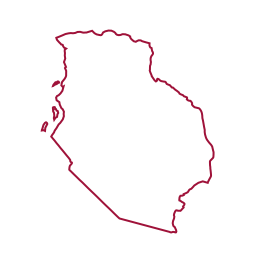 outline of United Republic of Tanzania, rotated 195°
{"feature_id": "TZA", "entity_name": "United Republic of Tanzania", "entity_type": "country or territory", "adm_level": 0, "iso_a3": "TZA", "parent_name": "Africa", "parent_adm1": "", "projection": "mercator", "projection_center": [35.057, -6.356], "detail": "fine", "context": "isolated", "style": "outline", "palette": "rose", "viewbox_px": 256, "rotation_deg": 195, "n_neighbors": 0, "source": "natural_earth", "source_scale": "50m", "svg_char_len": 4402}
<svg xmlns="http://www.w3.org/2000/svg" viewBox="0 0 256 256"><g transform="rotate(195 128 128)"><path d="M95.2,178.7L94.3,178.3L92.5,177.3L90.0,176.4L88.0,175.5L87.1,174.5L85.2,174.1L83.6,174.0L82.1,173.1L80.5,173.0L79.0,172.8L78.6,172.2L78.6,170.9L78.0,170.6L76.9,170.2L75.7,170.2L74.9,170.4L74.5,170.3L73.5,169.6L72.5,168.6L72.2,167.1L70.8,166.1L69.1,165.3L64.6,165.4L63.9,165.1L62.8,164.3L61.5,163.0L60.5,161.5L59.6,159.5L59.2,158.3L58.7,156.8L57.5,154.6L56.0,151.4L54.8,148.8L53.4,146.0L52.9,144.0L51.9,141.7L50.2,138.9L49.4,137.9L48.4,136.9L46.0,135.0L43.3,133.2L41.9,131.9L39.9,128.2L39.1,126.8L38.5,124.5L38.0,122.0L38.2,121.0L40.0,117.8L40.2,117.0L39.9,115.8L39.1,113.2L38.4,111.6L38.0,110.2L37.0,107.8L35.8,104.6L35.4,103.2L35.5,102.2L36.2,99.4L36.8,96.5L36.8,95.7L42.0,95.8L42.9,95.2L45.8,93.3L49.1,89.6L49.8,88.1L51.1,85.7L52.5,84.6L53.0,83.7L53.3,82.5L53.7,81.4L55.5,79.8L57.2,78.5L57.1,78.0L56.8,77.7L57.1,77.4L58.0,76.7L59.8,76.1L60.2,74.9L60.2,73.5L59.9,72.7L59.9,71.8L59.6,71.3L58.5,71.2L56.7,70.5L55.2,70.2L54.3,69.8L53.9,69.5L53.7,68.6L54.0,67.7L54.5,66.5L53.9,65.9L53.7,65.6L54.0,65.1L55.6,62.0L55.9,61.6L56.5,61.5L57.6,61.2L58.6,61.0L59.4,61.1L59.9,61.0L60.5,60.6L60.9,59.4L61.2,57.3L61.1,55.7L60.3,54.4L60.1,52.5L60.4,49.8L60.2,47.7L59.3,45.9L58.5,44.9L57.2,44.4L55.1,41.8L54.5,40.5L54.6,39.7L55.2,39.4L55.3,39.4L56.6,39.5L57.9,39.2L59.0,38.4L60.1,38.2L60.4,38.3L60.7,38.4L62.5,38.4L65.4,38.4L68.4,38.4L71.3,38.4L74.3,38.4L77.2,38.4L80.2,38.4L83.1,38.4L86.1,38.4L89.1,38.4L92.0,38.4L95.0,38.4L97.9,38.4L100.9,38.4L103.8,38.4L106.8,38.4L109.7,38.4L111.5,38.4L112.8,38.4L114.0,39.0L115.3,39.7L118.9,41.7L122.4,43.7L126.0,45.7L129.5,47.6L133.1,49.6L136.6,51.6L140.1,53.6L143.7,55.6L147.2,57.5L150.8,59.5L154.3,61.5L157.8,63.5L161.4,65.4L164.9,67.4L168.5,69.4L172.0,71.4L173.7,72.3L174.0,72.7L174.3,74.5L174.4,75.7L174.3,76.7L173.4,78.4L173.1,79.2L173.1,79.8L173.3,80.1L174.1,80.2L174.8,80.6L175.1,80.9L175.6,82.2L176.3,82.8L177.7,83.9L180.3,85.7L182.9,87.6L185.4,89.4L188.0,91.2L190.5,93.1L193.1,94.9L195.6,96.8L198.2,98.6L199.4,99.5L199.9,99.8L199.6,101.2L198.3,104.6L198.2,106.0L197.7,107.7L197.2,108.8L195.9,113.5L194.8,115.3L193.2,119.5L193.0,122.8L193.8,125.0L194.1,127.1L195.9,129.2L197.4,129.9L198.3,130.9L200.0,133.0L201.0,135.2L204.1,136.3L205.3,138.7L204.9,140.4L203.4,141.8L202.1,144.0L201.0,147.0L201.0,151.5L201.7,150.8L203.4,151.9L203.6,155.3L201.9,159.2L201.4,161.0L201.3,162.5L202.5,167.2L204.4,169.6L204.2,170.3L203.7,170.9L206.9,175.1L206.6,178.8L207.8,181.6L208.3,184.1L209.1,186.0L209.3,187.3L208.3,188.7L210.6,189.1L211.9,190.3L212.6,191.4L214.2,191.4L215.1,192.1L216.4,192.8L219.3,194.7L220.1,195.7L220.4,196.2L220.6,196.6L218.6,198.0L215.6,200.3L212.7,202.6L209.8,204.1L207.8,204.9L205.6,205.3L203.5,206.2L201.6,207.7L199.1,208.5L196.0,208.5L192.8,209.5L189.6,211.5L187.8,212.6L184.9,210.9L182.6,210.3L179.9,210.4L178.3,210.6L177.7,211.0L177.2,212.0L176.8,213.8L175.0,215.5L172.0,217.1L169.2,217.7L166.6,217.3L164.9,216.6L164.0,215.7L162.7,215.2L160.9,215.3L159.2,216.0L157.6,217.2L155.0,217.8L151.5,217.6L149.6,217.0L149.3,216.0L147.8,214.7L144.9,213.3L142.8,213.3L141.5,214.6L140.3,215.5L139.1,215.8L138.2,215.9L137.3,215.6L136.7,215.5L132.8,215.4L129.1,215.4L129.0,214.8L128.7,213.5L128.0,212.3L127.3,211.6L126.5,211.4L126.0,211.4L125.7,210.9L125.2,209.7L124.6,208.6L123.8,207.8L123.3,207.0L123.1,206.3L123.2,205.5L124.0,203.5L124.2,202.1L124.1,200.7L123.7,199.3L122.9,197.6L122.9,197.1L122.7,195.9L122.6,195.1L122.8,194.1L122.6,192.8L121.9,190.0L121.9,189.2L121.1,187.9L118.6,184.6L118.5,184.2L114.6,180.9L113.1,180.2L112.5,180.8L112.3,181.4L112.5,182.4L112.4,183.0L112.2,183.2L111.3,183.2L110.7,183.0L109.3,182.2L108.1,181.9L105.3,182.1L104.3,182.3L103.5,182.1L102.0,180.6L100.3,180.3L98.7,180.2L96.1,178.5L95.5,178.6L95.2,178.7ZM204.5,124.5L205.8,128.1L205.6,128.7L204.7,129.1L204.2,129.2L203.7,128.6L203.3,127.4L202.6,127.7L201.4,126.3L200.3,126.2L199.3,124.5L199.7,123.0L199.4,120.4L200.7,119.1L201.4,116.9L202.2,118.4L202.4,120.8L203.4,123.5L204.3,124.4L204.5,124.5ZM210.6,103.3L210.7,104.2L210.5,105.0L210.5,107.5L210.4,109.2L209.5,111.5L208.7,112.3L208.0,112.1L207.4,111.7L207.0,111.0L207.9,106.8L207.4,103.7L209.2,104.0L210.6,103.3ZM208.1,154.7L207.2,154.9L206.8,154.7L206.3,154.0L207.2,153.4L208.1,152.2L210.3,150.5L211.0,149.4L211.3,149.2L211.2,150.5L209.9,153.4L208.9,153.6L208.1,154.7Z" fill="none" stroke="#9f1239" stroke-width="2"/></g></svg>